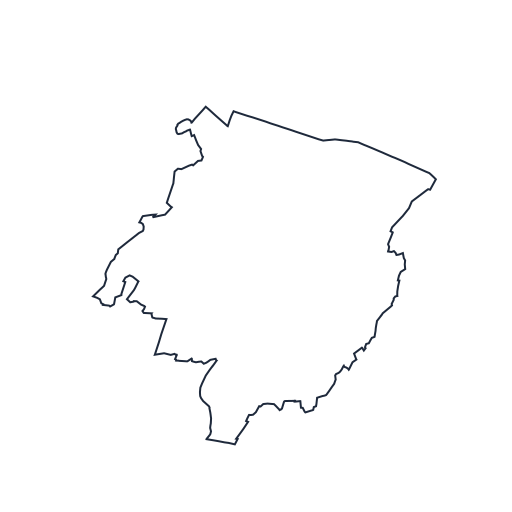 Lestenes pag., Tukums, Latvia (Equal Earth projection), rotated 129°
{"feature_id": "27541924B48713884824227", "entity_name": "Lestenes pag.", "entity_type": "district", "adm_level": 2, "iso_a3": "LVA", "parent_name": "Latvia", "parent_adm1": "Tukums", "projection": "equal_earth", "projection_center": [23.152, 56.775], "detail": "fine", "context": "isolated", "style": "outline", "palette": "slate", "viewbox_px": 512, "rotation_deg": 129, "n_neighbors": 0, "source": "geoboundaries", "source_scale": "gbopen_adm2", "svg_char_len": 5931}
<svg xmlns="http://www.w3.org/2000/svg" viewBox="0 0 512 512"><g transform="rotate(129 256 256)"><path d="M198.1,121.0L197.8,121.4L194.6,123.9L189.8,126.7L184.9,129.1L185.7,130.4L181.3,132.5L177.3,133.5L172.3,131.8L168.9,135.1L165.6,137.3L164.6,139.8L161.3,143.7L164.9,145.8L166.8,147.5L165.7,149.5L165.4,151.9L167.6,153.2L169.4,156.2L168.6,156.6L168.2,156.6L165.1,158.3L163.7,160.8L162.8,161.1L160.8,161.7L156.8,162.9L151.8,164.5L151.6,164.6L152.1,167.0L148.0,168.3L133.6,167.2L133.0,167.1L122.6,167.2L122.2,167.3L115.7,169.2L115.4,169.2L98.4,165.0L95.8,164.3L95.7,164.2L94.9,162.4L83.2,164.5L82.9,167.2L82.6,171.2L82.5,173.5L83.5,176.9L86.8,189.2L88.5,195.5L89.3,199.1L90.5,203.5L92.3,209.8L93.2,212.5L95.4,220.5L96.0,222.8L97.0,226.2L99.1,233.6L101.0,240.0L101.5,241.5L102.8,246.2L103.3,248.2L105.9,252.2L106.5,253.4L106.8,253.9L108.1,255.9L109.7,258.6L111.2,260.9L112.5,262.9L114.4,266.0L115.7,268.0L116.6,268.9L118.7,271.0L120.8,273.2L122.2,274.6L124.0,276.4L125.8,280.6L127.3,284.6L134.5,303.7L135.9,307.6L137.7,312.3L139.2,316.1L140.9,320.8L143.1,326.4L143.9,328.5L145.4,332.9L150.4,345.9L152.7,351.4L157.0,362.7L157.6,364.5L162.4,363.4L167.0,361.9L172.9,359.6L173.0,360.0L172.9,360.3L172.9,360.6L172.3,375.4L172.1,379.0L171.8,383.8L171.7,386.9L171.7,388.5L171.6,388.9L171.6,389.0L173.5,389.1L174.0,389.1L176.6,389.2L187.7,389.9L192.7,389.9L193.0,390.1L192.2,391.3L192.1,392.9L192.5,394.7L193.3,395.8L195.0,396.9L197.0,397.9L199.3,398.8L200.9,399.2L201.9,399.7L202.7,399.7L203.4,399.7L203.7,399.3L204.4,399.1L205.8,399.0L206.8,398.8L207.8,398.2L208.8,396.8L209.8,395.6L210.2,394.6L210.4,393.9L210.1,393.2L209.8,392.7L208.8,392.0L208.3,391.5L207.2,390.6L206.3,390.3L205.4,390.0L204.6,389.6L203.1,388.8L202.3,388.6L201.8,388.4L201.0,387.9L200.4,387.5L199.7,387.2L199.3,386.8L201.8,383.5L203.2,381.6L203.3,381.4L203.1,381.3L201.7,380.5L201.0,380.2L202.4,377.7L203.7,375.5L205.3,372.5L206.2,370.8L207.4,366.0L209.4,365.2L212.1,360.9L212.3,359.6L216.1,358.5L218.6,360.9L225.1,361.9L225.2,363.2L227.9,364.9L235.4,368.6L237.3,371.6L241.6,372.4L246.6,369.2L248.7,367.8L251.8,365.8L252.3,365.7L266.9,360.3L270.0,359.1L270.8,358.8L271.1,355.1L271.2,353.9L271.2,353.2L271.1,352.1L281.1,352.7L283.7,354.9L291.0,360.7L290.0,360.5L287.1,360.2L289.7,363.0L296.2,369.0L297.0,369.0L301.0,368.2L303.3,367.8L302.5,366.0L302.4,364.0L303.8,361.8L306.2,360.1L307.8,359.7L311.7,361.4L326.1,364.7L337.5,367.2L340.9,365.1L343.4,365.6L346.0,364.8L347.6,364.2L347.8,364.3L351.9,365.1L360.6,363.2L363.2,362.4L364.6,361.8L364.6,361.7L365.6,360.7L366.3,360.0L367.1,359.1L367.4,358.6L368.2,357.8L371.7,356.5L374.3,355.5L374.8,355.3L375.6,355.4L377.8,355.7L380.3,356.1L389.9,357.2L389.5,356.1L388.5,353.2L387.9,350.1L390.1,346.4L389.6,344.3L390.3,344.1L387.1,339.1L387.0,338.9L386.9,337.9L387.0,337.6L383.3,336.1L383.0,336.0L382.6,336.1L376.7,339.3L371.1,336.0L370.4,336.5L370.0,336.8L358.5,341.2L359.1,343.2L355.0,343.9L350.6,342.0L349.7,338.8L349.7,331.4L350.5,331.4L350.7,331.2L356.5,329.9L358.7,329.5L359.4,329.4L367.5,329.2L370.8,329.1L371.1,324.6L368.5,322.4L368.0,322.6L366.2,320.2L366.1,314.7L365.2,311.5L365.2,310.4L367.8,309.6L370.2,309.6L370.9,307.4L366.3,301.1L366.5,301.1L367.8,299.5L369.0,297.9L369.0,297.7L368.4,296.4L367.6,294.4L366.9,293.6L366.8,293.4L364.1,289.8L361.4,285.9L376.1,280.5L384.1,277.2L396.1,272.6L396.4,272.5L389.4,266.2L387.3,261.7L386.5,260.0L383.3,257.7L383.3,256.4L382.8,255.9L382.6,255.5L382.9,255.2L383.8,255.0L387.1,254.0L386.9,252.9L387.2,252.3L387.5,252.2L387.1,251.6L386.3,250.7L385.8,249.7L383.8,246.9L381.2,243.2L380.9,243.0L378.4,242.2L377.2,241.8L376.2,241.5L376.2,241.3L376.5,241.0L376.8,240.7L378.0,239.6L377.5,238.2L376.4,235.8L374.2,233.9L372.4,232.1L372.5,229.9L372.6,228.8L370.3,227.5L368.5,226.9L365.4,226.1L361.3,222.7L362.3,221.0L362.2,220.8L365.2,220.6L369.0,220.4L369.0,220.5L373.8,220.3L380.5,219.8L384.1,218.9L389.0,217.7L393.3,216.4L396.8,214.1L398.1,213.0L400.0,211.2L401.0,209.3L402.0,205.8L402.4,197.9L403.1,196.6L403.6,196.4L406.0,193.5L406.6,192.8L408.0,191.3L410.5,188.7L412.7,187.1L414.5,185.8L416.5,184.7L417.0,184.4L418.5,183.4L420.6,180.6L423.2,179.4L424.1,179.3L429.3,179.3L429.5,179.2L425.9,172.9L423.4,168.4L420.6,163.1L418.7,160.0L418.5,159.7L415.7,153.9L409.8,155.1L410.5,156.4L405.6,156.6L398.3,157.0L389.9,157.8L390.5,159.8L387.5,160.6L383.9,161.4L382.7,159.8L381.2,158.4L377.5,157.8L370.7,159.0L370.2,157.8L369.9,157.7L366.5,157.2L366.2,156.9L363.7,154.4L363.4,154.1L362.2,152.3L359.8,148.8L360.0,146.5L360.7,141.1L360.8,141.0L360.9,140.7L360.6,140.6L360.3,140.6L360.1,140.5L360.0,140.3L360.0,140.2L359.8,140.1L359.6,140.0L358.7,139.9L358.4,139.8L358.2,139.8L357.8,140.0L351.9,142.4L351.5,142.5L351.2,142.5L350.8,142.4L350.5,142.2L349.7,141.3L345.6,136.4L344.5,135.1L344.2,135.0L344.0,134.7L344.9,134.4L344.8,134.2L341.0,130.4L340.9,130.2L345.6,125.6L344.6,124.1L346.3,120.4L346.5,119.4L346.5,119.2L341.5,115.9L340.7,115.3L339.6,114.7L337.0,116.0L335.0,114.8L333.0,115.9L327.7,119.3L327.3,119.0L326.6,118.6L323.0,116.2L321.8,115.2L320.5,114.3L319.9,114.0L319.3,114.0L318.7,114.0L317.3,114.1L315.2,114.2L310.2,114.6L308.5,114.7L306.2,114.8L303.2,115.9L301.9,116.3L299.0,119.3L298.9,119.3L298.3,119.4L297.4,119.5L295.0,118.3L294.3,118.1L293.1,117.9L291.7,117.9L290.1,118.0L289.2,118.2L286.8,118.7L286.0,118.7L286.2,118.3L286.3,118.0L286.4,117.8L286.4,117.5L286.4,117.3L286.4,117.0L286.1,116.4L285.9,115.8L285.8,115.2L285.7,114.3L285.7,113.5L285.8,113.0L285.9,112.6L286.0,112.3L285.9,112.3L278.0,114.1L277.7,114.1L273.3,112.8L273.1,113.3L270.1,118.4L260.6,116.0L260.6,115.5L261.6,112.7L258.7,112.8L258.4,113.7L258.3,113.9L255.0,115.0L252.8,113.4L249.9,114.0L246.7,114.5L244.8,113.3L244.2,113.0L242.5,114.0L239.1,115.9L236.4,117.7L233.6,119.3L231.5,120.4L230.4,121.1L225.0,121.2L223.5,121.2L223.5,121.3L221.9,121.3L220.9,121.5L210.3,119.4L209.8,119.4L208.8,119.2L207.9,120.4L203.4,121.4L202.3,122.3L199.8,122.3L198.1,121.0Z" fill="none" stroke="#1e293b" stroke-width="2"/></g></svg>